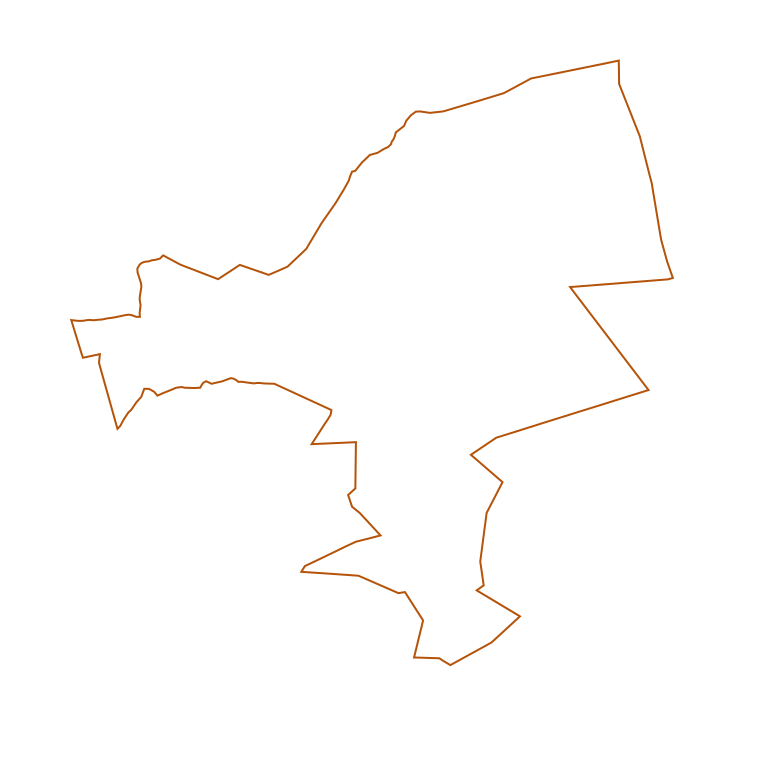 São Raimundo Nonato, Piauí, Brazil, rotated 82°
{"feature_id": "56859067B13922640235877", "entity_name": "São Raimundo Nonato", "entity_type": "district", "adm_level": 2, "iso_a3": "BRA", "parent_name": "Brazil", "parent_adm1": "Piauí", "projection": "mercator", "projection_center": [-42.719, -9.025], "detail": "fine", "context": "isolated", "style": "outline", "palette": "amber", "viewbox_px": 768, "rotation_deg": 82, "n_neighbors": 0, "source": "geoboundaries", "source_scale": "gbopen_adm2", "svg_char_len": 2170}
<svg xmlns="http://www.w3.org/2000/svg" viewBox="0 0 768 768"><g transform="rotate(82 384 384)"><path d="M225.9,584.8L228.7,588.5L229.2,593.0L229.2,596.9L229.8,599.5L229.7,604.3L230.4,607.1L231.7,609.3L235.4,612.2L239.1,612.5L248.0,611.0L250.6,610.6L253.8,610.7L263.7,613.7L266.3,614.2L272.3,614.1L275.9,615.1L279.6,616.1L283.5,616.4L283.1,619.8L280.6,624.5L279.8,627.2L279.8,630.7L280.5,640.8L280.6,645.3L280.5,648.7L280.9,654.5L280.6,657.7L280.5,662.3L279.4,667.6L279.5,673.8L278.9,678.2L277.2,684.8L312.3,679.2L316.1,678.5L314.9,661.2L323.5,663.3L391.3,654.2L388.8,651.0L382.8,646.6L376.6,641.1L374.5,638.0L367.5,631.6L365.2,628.8L363.0,626.2L355.4,622.1L356.1,617.5L357.6,615.4L359.8,612.6L364.0,610.0L362.5,604.9L360.2,595.6L358.8,590.4L358.8,584.9L360.0,581.7L361.6,572.3L362.1,566.6L359.4,564.5L357.6,562.8L356.5,559.7L359.8,554.7L358.8,543.6L356.9,535.1L357.6,532.5L359.4,530.0L361.6,527.9L362.1,523.9L362.9,521.5L364.3,516.4L365.3,512.8L365.3,509.9L365.8,506.5L366.8,502.5L368.5,492.6L385.5,466.1L402.5,439.7L407.0,441.1L412.3,445.5L414.5,447.6L433.5,464.0L437.7,419.9L483.4,426.9L488.9,435.0L501.1,432.7L508.3,426.0L520.8,417.3L533.5,408.5L536.3,434.0L539.5,444.4L546.5,466.1L553.3,487.7L558.5,492.0L563.9,466.1L570.3,436.0L593.1,398.8L593.0,392.2L623.6,378.2L659.0,392.3L663.3,367.4L666.3,364.0L671.6,357.4L660.1,327.1L654.9,313.5L633.0,281.7L601.3,320.9L597.2,313.3L573.2,313.4L525.9,300.3L497.7,280.3L466.2,307.8L452.8,280.3L445.6,236.9L444.9,233.0L426.8,122.9L322.2,181.6L313.9,186.2L319.9,88.3L319.2,83.2L301.9,86.6L280.4,89.4L275.9,89.6L228.6,90.8L222.5,90.9L212.7,92.1L174.3,96.2L119.6,109.4L96.4,106.5L96.9,113.5L101.9,195.8L112.6,224.7L116.2,247.2L122.3,287.4L121.9,300.8L119.2,310.0L118.7,314.5L121.6,319.9L126.4,325.3L131.2,328.2L136.5,337.3L140.1,338.8L142.9,340.5L145.1,342.6L147.6,343.8L150.0,347.2L151.1,351.1L154.2,358.3L154.8,362.9L155.2,366.2L157.9,369.8L161.5,374.9L168.9,382.8L169.3,386.1L174.2,389.0L177.6,390.5L185.8,396.7L197.9,406.6L216.2,423.6L239.4,442.2L241.7,445.4L254.3,463.1L255.5,467.1L259.9,483.0L246.0,510.2L252.9,524.8L257.1,533.7L239.0,566.3L237.2,569.4L225.9,584.8Z" fill="none" stroke="#b45309" stroke-width="2"/></g></svg>